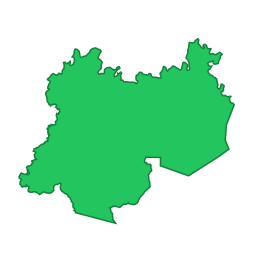 the district of Adansi South, Ashanti, Ghana, rotated 186°
{"feature_id": "2480657B97463209696641", "entity_name": "Adansi South", "entity_type": "district", "adm_level": 2, "iso_a3": "GHA", "parent_name": "Ghana", "parent_adm1": "Ashanti", "projection": "robinson", "projection_center": [-1.341, 6.005], "detail": "fine", "context": "isolated", "style": "filled", "palette": "green", "viewbox_px": 256, "rotation_deg": 186, "n_neighbors": 0, "source": "geoboundaries", "source_scale": "gbopen_adm2", "svg_char_len": 5878}
<svg xmlns="http://www.w3.org/2000/svg" viewBox="0 0 256 256"><g transform="rotate(186 128 128)"><path d="M28.4,170.1L29.9,170.3L30.9,169.7L32.9,169.6L34.7,170.6L36.9,170.0L38.1,170.9L39.3,172.9L39.2,173.6L38.8,174.0L37.8,174.1L37.0,175.2L37.2,177.1L36.8,179.4L37.0,180.3L39.1,181.4L39.9,181.4L40.4,177.2L41.5,176.4L42.4,176.7L43.5,177.8L43.1,180.4L45.1,186.2L45.8,186.2L46.6,187.3L48.0,187.3L49.4,188.8L51.8,189.5L54.1,191.7L54.4,192.7L54.3,193.9L52.6,195.3L51.3,198.3L52.0,197.9L53.4,198.0L54.6,199.0L55.5,201.0L54.2,202.1L52.7,202.4L50.8,203.4L50.2,203.2L50.1,201.9L49.6,200.9L48.2,200.5L45.0,201.6L44.8,203.8L44.3,205.8L43.7,206.6L43.5,208.9L43.0,210.1L42.2,210.7L42.1,211.1L43.8,212.4L45.0,212.7L48.0,210.3L49.5,210.0L50.9,210.8L52.1,210.9L53.5,209.9L54.0,209.9L54.8,211.1L55.0,212.2L53.8,214.9L53.8,215.6L55.9,215.2L57.0,215.5L57.7,216.2L58.6,218.3L60.1,219.2L61.2,219.1L62.0,217.8L61.8,217.0L60.6,216.6L60.5,215.9L60.9,215.2L61.5,214.9L64.1,216.3L65.1,217.7L66.8,219.1L67.1,221.0L66.8,222.7L67.5,223.8L68.0,224.0L70.2,222.0L71.1,220.2L71.8,219.6L72.8,219.3L75.7,219.6L76.0,219.4L76.2,214.1L76.7,211.5L76.2,209.3L77.4,205.5L77.5,203.7L75.6,202.0L74.0,199.0L73.8,196.1L72.8,193.4L73.3,192.2L74.6,191.5L75.9,192.4L75.3,195.2L75.6,197.0L76.9,198.3L78.5,199.1L79.5,199.2L80.2,198.6L81.0,192.3L81.3,191.6L82.3,191.1L88.4,194.2L90.0,194.3L91.8,191.8L93.4,190.8L94.7,188.8L95.5,189.4L96.9,192.0L98.5,193.0L99.1,192.8L99.7,189.7L100.6,187.3L101.5,186.4L101.8,185.4L101.6,184.4L101.0,183.9L100.3,182.0L100.3,181.4L102.8,180.9L105.7,181.4L108.4,181.0L110.4,182.3L110.7,184.0L111.5,184.3L112.6,184.4L113.7,182.7L114.3,182.5L115.2,182.9L118.5,182.9L120.5,184.7L122.3,184.6L123.6,182.4L124.3,181.7L124.8,181.6L125.4,180.7L125.3,178.2L124.8,176.5L123.1,175.7L123.9,173.0L124.6,173.0L125.8,174.0L128.8,174.1L131.2,173.5L132.0,173.8L135.3,173.7L137.0,173.3L138.3,175.1L139.9,174.7L140.5,175.2L140.1,176.8L140.9,179.4L140.1,181.8L141.0,182.9L141.5,182.6L142.4,181.1L142.9,181.0L143.8,181.5L143.9,181.0L143.5,179.7L143.7,179.2L146.4,177.6L147.1,177.9L147.5,179.2L147.2,180.1L144.6,184.9L144.1,185.5L142.4,186.1L142.7,187.7L143.4,188.2L145.3,187.0L145.9,185.2L147.4,184.4L149.3,184.7L152.0,186.3L154.4,186.1L156.4,184.8L157.4,183.6L157.4,179.8L158.1,179.4L160.4,179.5L162.4,178.2L163.0,178.4L163.4,179.1L163.7,180.3L163.3,181.4L160.9,184.4L161.1,188.3L160.5,190.6L162.0,192.5L165.0,194.2L165.2,194.8L164.1,198.6L162.7,201.3L162.8,201.8L164.2,203.1L166.0,203.2L168.5,204.3L171.1,203.4L172.6,202.5L173.6,201.2L174.5,198.7L176.0,197.1L176.9,195.5L179.9,194.5L181.5,193.3L182.2,193.4L183.2,194.3L184.4,198.9L186.9,200.9L188.7,201.0L189.1,200.4L189.5,199.0L189.3,197.4L189.6,195.1L191.0,192.8L189.5,192.6L188.5,191.6L188.6,190.4L188.1,188.8L189.5,185.3L191.2,184.2L192.3,184.6L192.7,185.4L192.1,187.3L192.6,188.4L194.0,186.4L195.7,185.7L196.6,186.0L197.2,186.9L199.0,186.4L198.0,184.1L197.9,180.9L198.2,180.0L199.3,178.4L199.3,175.6L199.9,174.6L200.4,174.4L201.5,175.3L202.5,175.2L203.4,173.7L204.7,173.0L208.2,174.3L210.1,172.3L211.0,170.4L213.2,168.2L213.1,167.6L210.4,166.3L210.0,165.7L211.2,163.5L212.2,159.5L211.8,159.0L210.4,158.7L210.1,158.2L212.4,156.2L213.4,154.4L213.2,152.7L212.2,150.6L210.9,145.7L209.3,144.1L209.0,143.0L207.7,142.6L207.3,142.0L206.8,143.2L206.1,142.9L205.1,143.9L204.0,143.5L202.8,144.2L201.3,142.8L202.1,141.0L201.2,140.7L200.0,139.2L198.3,139.9L198.2,138.3L197.5,136.9L198.6,136.1L198.5,134.5L199.1,134.4L200.3,135.0L200.7,133.2L199.2,129.3L199.9,127.8L200.9,126.9L200.2,124.6L201.0,123.5L202.5,123.5L203.5,122.9L204.2,123.6L205.0,123.4L205.1,121.9L206.8,122.4L207.3,122.0L206.4,121.0L207.4,120.5L207.6,119.5L208.4,119.1L208.3,118.5L207.1,118.5L207.6,117.6L206.9,116.6L207.5,115.5L206.5,115.0L206.9,113.6L205.1,112.9L205.3,112.5L206.0,112.3L205.9,111.0L206.2,110.0L207.5,109.4L206.6,108.7L206.9,107.8L206.7,107.0L206.1,106.7L206.3,106.2L208.3,106.2L209.0,105.6L209.4,104.1L210.6,103.7L210.8,102.9L212.1,102.7L213.6,101.5L215.5,99.1L216.9,98.9L218.4,97.6L219.3,97.3L219.0,96.8L219.8,95.1L217.4,94.4L217.2,93.2L218.4,91.8L218.4,91.4L217.6,88.9L216.9,88.8L215.7,87.3L216.4,86.9L217.5,86.9L218.6,85.9L220.3,85.1L220.3,84.8L219.1,83.8L219.4,83.0L220.0,82.4L220.1,81.4L222.0,79.8L224.0,79.6L224.9,78.1L223.9,77.0L224.0,75.9L222.5,75.6L222.7,75.1L223.4,74.9L222.8,73.3L221.5,73.4L221.2,72.7L222.5,70.9L222.8,70.9L223.8,72.4L224.6,71.4L225.5,71.0L229.4,72.0L229.8,71.6L231.2,68.5L231.0,66.9L230.6,66.4L228.6,65.9L228.5,65.5L229.7,63.0L229.5,60.7L228.5,60.0L227.4,58.5L226.7,58.2L225.7,59.0L223.5,58.9L223.2,59.1L223.3,60.4L223.1,60.7L220.9,59.1L220.2,59.0L219.9,58.7L220.3,58.0L220.8,55.7L220.6,54.7L219.4,54.0L216.6,53.9L215.6,54.7L212.6,54.7L208.9,52.6L205.8,55.4L205.0,55.6L201.7,54.8L197.9,55.3L195.2,58.1L195.7,59.2L195.6,62.3L194.7,63.9L193.5,64.6L192.4,64.3L190.4,65.7L189.2,66.0L188.9,65.7L188.8,64.4L189.2,62.5L188.7,59.8L188.3,59.8L186.9,57.9L186.4,58.0L184.2,56.3L183.3,56.3L181.8,55.5L181.1,55.5L180.9,54.7L180.2,54.0L180.3,53.6L178.9,53.0L178.1,52.3L178.0,51.3L177.2,50.6L176.7,49.9L176.7,49.2L174.5,47.0L174.7,46.1L174.7,45.0L174.3,44.8L174.5,43.9L174.0,43.0L172.9,42.7L172.7,40.6L172.9,40.4L172.1,40.2L171.3,38.3L130.4,32.0L132.6,34.5L133.7,35.1L133.5,36.0L134.3,39.2L134.3,40.7L135.1,42.0L136.1,42.5L136.9,45.8L137.8,46.5L136.9,46.8L136.3,47.5L135.5,47.7L135.1,48.3L133.4,48.9L132.1,49.0L129.3,48.3L127.6,48.4L124.7,51.6L123.0,51.7L120.3,52.7L119.8,53.6L119.2,52.9L117.9,52.7L114.5,52.4L112.7,53.0L110.7,54.7L109.1,59.7L105.9,64.0L104.7,66.4L99.8,72.0L100.3,73.2L100.7,76.2L102.1,79.2L102.1,80.4L102.8,83.4L101.5,86.4L100.0,87.7L100.0,88.3L101.1,90.7L101.2,93.2L102.0,94.2L105.0,93.9L105.9,95.5L107.6,95.3L108.2,97.6L107.9,98.8L107.4,99.5L107.3,100.8L92.6,102.1L91.8,93.8L62.8,86.8L35.5,108.5L25.4,117.5L30.0,126.1L30.5,141.3L24.8,162.2L26.1,163.6L28.5,163.9L30.2,166.7L29.7,169.7L28.4,170.1Z" fill="#22c55e" stroke="#15803d" stroke-width="1.5"/></g></svg>